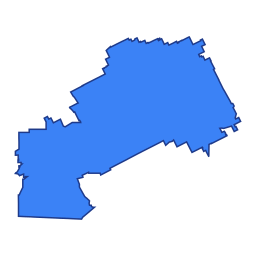 Northam, Western Australia, Australia (orthographic projection)
{"feature_id": "25037944B49536287471778", "entity_name": "Northam", "entity_type": "district", "adm_level": 2, "iso_a3": "AUS", "parent_name": "Australia", "parent_adm1": "Western Australia", "projection": "orthographic", "projection_center": [116.616, -31.699], "detail": "fine", "context": "isolated", "style": "filled", "palette": "blue", "viewbox_px": 256, "rotation_deg": 0, "n_neighbors": 0, "source": "geoboundaries", "source_scale": "gbopen_adm2", "svg_char_len": 4708}
<svg xmlns="http://www.w3.org/2000/svg" viewBox="0 0 256 256"><path d="M202.4,39.1L200.5,40.0L200.8,40.7L196.1,43.0L193.0,44.5L192.2,43.0L189.3,37.0L189.2,36.9L187.3,37.8L181.9,40.6L181.8,40.3L179.9,41.3L178.4,42.0L178.7,42.6L177.4,43.2L176.5,41.3L173.3,43.0L168.9,45.1L167.9,43.1L167.7,42.6L165.6,43.6L164.2,44.3L163.7,43.0L163.5,42.8L163.5,42.6L161.6,38.8L160.3,39.4L159.7,38.2L159.0,38.6L159.7,40.0L158.5,40.6L157.6,38.7L155.0,39.9L154.6,40.1L153.9,40.4L150.7,42.0L150.3,42.1L148.3,43.1L148.2,43.1L148.0,42.5L147.9,42.5L147.0,43.0L146.2,43.4L144.8,40.4L140.8,42.2L140.5,41.5L139.1,42.3L137.0,37.9L134.9,38.9L134.6,40.1L132.0,41.4L130.9,39.2L129.2,40.1L128.3,38.4L124.9,40.1L121.5,41.7L119.7,42.6L119.0,42.9L118.7,43.1L117.3,43.8L117.2,43.8L115.5,44.7L112.1,46.4L110.1,47.4L110.1,46.9L108.5,48.3L106.2,50.5L107.9,53.9L109.5,57.2L109.1,57.5L105.6,59.2L107.5,63.1L108.5,65.1L108.4,65.2L106.4,66.2L106.7,66.6L104.2,67.9L104.2,68.3L103.5,68.2L102.6,68.7L105.2,74.0L103.1,75.1L96.2,78.6L90.5,81.5L86.3,83.6L82.6,85.5L82.4,85.6L82.5,85.7L82.7,85.8L78.2,88.1L74.6,90.0L70.7,92.0L73.1,96.1L74.4,97.3L78.1,103.0L76.8,103.6L71.8,106.2L69.7,107.2L69.6,107.3L69.7,107.5L69.9,107.9L69.9,108.0L70.0,108.1L70.3,108.4L70.4,108.5L70.5,108.6L70.8,108.7L70.9,108.8L72.5,110.5L72.9,111.0L73.0,111.1L73.2,111.3L73.9,112.3L74.0,112.3L74.7,111.9L75.4,113.4L79.0,120.6L79.6,120.3L80.6,121.9L80.3,122.1L80.5,122.5L80.1,122.5L76.7,122.5L72.2,122.5L68.8,124.6L65.2,126.8L63.4,126.2L62.7,124.7L60.4,119.2L53.4,122.8L50.9,118.0L48.8,119.1L47.4,116.5L44.2,118.2L46.1,122.0L46.1,129.3L36.0,129.3L29.2,129.3L29.2,132.4L23.9,132.4L18.9,132.4L18.9,133.9L18.9,137.7L19.0,142.1L19.0,149.1L18.5,149.4L15.4,151.3L15.4,155.2L18.2,155.1L18.2,157.9L18.2,159.2L18.6,159.2L18.6,160.1L18.0,160.1L18.0,162.5L19.0,162.5L19.9,162.5L20.7,162.5L21.1,162.5L21.1,164.0L22.0,164.0L21.4,164.6L20.6,165.3L20.4,165.4L20.3,165.5L20.2,165.6L19.8,165.7L19.6,165.8L19.4,165.8L19.2,165.8L18.9,165.8L18.9,167.1L19.7,167.1L18.7,169.4L18.6,169.5L17.5,171.5L17.2,171.9L16.4,172.5L15.7,172.9L15.4,173.4L15.5,173.4L15.6,173.5L16.3,173.6L16.9,173.7L17.5,173.9L18.0,174.0L18.3,174.2L18.4,174.3L18.5,174.4L19.0,175.0L19.6,175.7L20.0,175.4L20.9,175.1L21.1,175.1L21.8,174.8L22.2,174.5L22.7,174.4L23.6,174.1L23.6,177.3L25.1,177.3L25.4,177.3L25.4,176.6L27.3,176.6L24.7,178.6L23.9,179.2L22.8,179.2L22.8,187.4L22.6,187.8L21.9,189.2L20.1,193.0L19.2,195.0L18.4,195.0L18.4,196.5L18.5,203.2L18.5,210.0L18.5,213.6L18.5,216.3L24.6,216.6L30.7,216.8L34.0,217.0L43.3,217.4L57.1,218.0L61.3,218.2L64.9,218.3L66.3,218.4L66.7,218.4L67.2,218.4L69.2,218.5L72.8,218.7L81.6,219.1L82.6,217.3L89.6,211.4L94.4,207.3L94.2,207.3L93.9,207.3L93.7,207.3L93.3,207.2L93.2,207.2L92.8,207.1L92.3,206.9L91.7,206.7L91.4,206.6L91.3,205.3L89.5,205.2L89.1,203.2L89.5,200.9L89.3,200.7L89.0,200.4L88.9,200.2L87.4,198.9L87.1,198.5L86.9,198.4L86.7,198.2L86.3,197.9L86.2,197.8L86.1,197.7L85.9,197.6L84.8,196.6L84.7,196.5L84.6,196.4L84.5,196.2L84.2,195.6L82.6,192.8L80.7,189.4L80.5,189.0L79.8,187.8L79.6,187.4L79.5,187.2L79.4,187.0L79.4,186.3L79.4,185.6L79.4,184.9L79.4,184.2L79.2,183.7L78.9,183.0L78.3,181.4L78.1,180.8L77.9,180.3L77.3,178.7L82.6,177.4L83.0,177.2L82.2,175.3L88.5,172.3L88.5,172.6L88.6,173.2L100.2,173.2L100.7,175.0L110.7,169.8L109.9,168.3L114.9,165.7L119.7,163.2L126.5,159.7L128.5,158.6L138.4,153.4L138.6,153.3L141.0,152.1L141.5,151.8L148.8,148.1L160.2,142.3L163.4,140.6L165.7,145.3L169.4,142.0L170.8,141.8L171.3,141.6L171.5,141.5L171.6,141.4L172.2,141.4L173.6,140.0L177.0,146.8L186.6,141.9L189.3,147.2L190.3,149.2L192.0,152.4L197.8,149.5L202.3,147.2L202.8,148.0L202.6,148.4L202.3,148.6L203.3,150.5L203.7,151.4L204.4,151.0L204.5,151.0L205.4,150.5L205.7,150.4L206.4,152.0L206.5,152.2L208.6,156.2L208.8,156.1L209.0,144.4L211.3,143.3L211.4,143.6L218.3,140.1L223.1,137.7L226.8,135.8L227.0,135.7L226.9,135.3L226.7,134.9L226.4,134.7L225.8,134.8L225.7,134.6L225.6,134.2L225.7,133.9L225.7,133.6L225.4,133.3L225.4,132.8L225.1,132.4L224.9,132.0L224.6,131.9L224.3,131.3L224.0,131.4L221.9,132.4L220.0,128.6L219.8,128.3L221.7,128.1L223.7,128.4L231.5,126.1L234.2,131.5L237.6,129.8L236.0,126.6L235.3,126.9L234.2,124.6L234.9,124.3L236.7,123.4L237.6,122.9L240.1,121.6L240.6,121.4L238.7,117.5L235.7,119.0L235.2,117.9L236.3,113.8L236.2,113.7L234.7,110.6L233.1,107.6L233.6,107.0L233.7,106.9L234.1,106.5L234.3,106.4L234.2,106.4L234.2,106.2L232.9,103.7L232.7,103.5L231.9,103.5L231.3,103.6L229.8,100.5L229.7,100.4L225.9,93.6L224.8,91.6L223.1,88.8L219.6,81.7L218.7,79.9L218.8,79.8L213.5,69.4L214.6,68.8L212.5,64.8L210.6,61.1L211.0,60.9L209.5,57.9L208.8,58.2L204.9,60.1L203.1,56.3L201.8,56.9L201.3,55.9L199.7,56.7L198.7,54.4L204.2,51.7L201.6,46.3L205.1,44.6L202.4,39.1Z" fill="#3b82f6" stroke="#1e3a8a" stroke-width="1.5"/></svg>